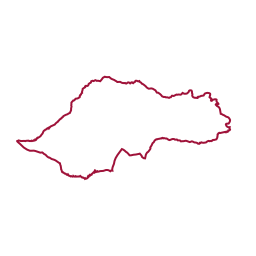 Chordeleg, Azuay, Ecuador, rotated 121°
{"feature_id": "8360857B12860339410526", "entity_name": "Chordeleg", "entity_type": "district", "adm_level": 2, "iso_a3": "ECU", "parent_name": "Ecuador", "parent_adm1": "Azuay", "projection": "orthographic", "projection_center": [-78.733, -2.983], "detail": "fine", "context": "isolated", "style": "outline", "palette": "rose", "viewbox_px": 256, "rotation_deg": 121, "n_neighbors": 0, "source": "geoboundaries", "source_scale": "gbopen_adm2", "svg_char_len": 5802}
<svg xmlns="http://www.w3.org/2000/svg" viewBox="0 0 256 256"><g transform="rotate(121 128 128)"><path d="M194.2,180.9L193.8,180.1L193.9,177.5L193.3,175.2L193.1,173.5L193.4,169.0L193.3,168.1L194.2,167.4L195.1,166.2L197.4,164.3L197.8,164.1L198.4,163.1L198.8,162.8L199.7,161.7L199.7,161.2L199.4,161.0L199.4,160.6L199.7,158.8L199.4,158.4L199.3,157.6L199.5,157.1L199.6,156.3L199.3,155.9L198.6,155.7L198.9,155.0L199.3,154.9L199.3,153.9L199.0,152.8L199.1,152.4L198.6,152.1L198.4,151.6L198.4,150.8L198.0,150.2L197.7,150.0L197.3,150.1L197.4,149.5L197.1,148.6L196.4,148.3L196.5,147.8L196.2,147.6L196.2,147.2L195.1,145.4L194.6,145.0L194.5,144.5L194.2,144.3L193.7,144.2L194.1,142.0L193.7,141.5L193.8,140.9L193.5,140.5L193.6,139.9L193.5,139.3L193.7,138.9L193.2,138.8L193.4,138.3L193.0,138.0L193.0,137.8L192.1,137.1L191.4,136.9L190.5,137.0L190.6,136.7L190.4,136.6L189.6,137.0L189.7,137.4L189.3,137.4L188.9,136.9L188.9,136.4L188.7,136.1L188.4,136.1L188.0,136.5L187.6,136.6L187.4,136.3L187.4,135.6L186.7,135.1L185.8,135.3L185.0,135.0L183.5,134.7L183.0,134.4L181.3,134.5L181.3,134.3L182.5,134.1L183.2,133.6L182.6,133.3L182.4,132.9L181.7,132.8L181.6,132.2L181.1,132.2L180.8,132.0L181.0,131.6L180.6,130.8L179.4,129.8L177.5,127.1L175.3,125.2L174.7,124.2L174.2,122.9L174.2,120.9L173.3,120.7L172.6,119.4L172.0,120.0L170.7,120.6L169.4,121.0L165.9,121.6L163.1,122.6L160.1,123.1L156.5,123.1L149.2,122.4L149.0,120.9L149.1,119.3L149.5,117.4L149.5,116.3L149.9,114.6L150.6,112.6L150.0,111.5L148.1,109.5L146.7,107.6L144.3,105.0L143.9,104.7L144.6,102.5L145.0,101.7L145.5,101.3L145.6,100.9L145.8,99.0L145.2,97.7L141.8,98.9L141.0,99.0L139.3,99.0L137.9,98.4L134.9,98.1L134.0,98.2L133.2,98.9L130.9,98.8L128.4,99.1L126.9,98.6L124.8,98.7L124.1,98.2L123.6,98.2L122.9,97.7L122.7,97.2L121.9,96.6L121.3,95.8L120.2,94.7L120.0,94.2L119.6,94.1L118.7,93.4L118.6,93.1L118.8,92.5L118.1,91.9L117.6,90.2L117.1,89.5L117.1,88.7L117.2,88.1L117.1,86.4L116.5,85.7L115.5,85.0L115.2,84.7L114.7,84.4L114.1,83.5L113.7,82.5L113.8,81.7L112.7,80.2L113.0,79.1L112.2,77.7L111.9,76.8L112.2,75.7L111.6,75.0L110.8,73.7L109.3,72.1L108.9,71.2L108.3,67.9L107.7,67.3L106.7,66.6L106.3,65.7L106.2,63.7L105.5,62.3L105.2,61.1L105.4,59.9L104.8,58.8L103.7,58.9L103.5,58.7L103.5,58.1L103.0,58.0L102.5,57.7L102.3,56.7L101.7,55.5L100.2,53.7L98.8,53.2L97.9,52.6L97.5,52.2L97.4,51.4L96.8,50.9L96.4,49.9L95.7,49.6L95.4,49.2L94.8,49.2L94.3,48.8L93.8,47.9L92.2,46.4L90.2,46.5L89.6,46.9L88.6,47.1L87.9,47.7L87.3,47.9L86.9,47.7L86.2,47.8L85.5,47.5L85.1,47.3L85.0,46.6L81.4,42.8L81.3,42.6L81.5,42.4L81.3,41.9L80.7,42.0L80.2,41.5L80.2,40.9L79.7,40.5L78.5,40.8L78.4,40.6L78.0,40.3L77.9,39.9L77.7,39.8L77.4,39.9L77.1,39.7L76.8,39.7L76.1,40.7L74.9,41.3L75.6,42.1L75.8,43.7L75.5,44.7L74.6,45.9L74.2,46.0L73.8,45.9L73.2,45.3L72.7,44.4L72.3,44.0L70.1,44.0L68.6,44.6L67.8,45.8L67.3,47.1L67.3,48.1L67.7,49.6L67.6,52.3L67.8,53.1L67.8,54.6L68.1,55.8L64.5,58.9L63.6,60.2L63.3,61.1L63.3,63.1L62.8,64.8L62.4,64.9L61.9,64.6L61.3,63.1L60.8,62.9L60.3,63.9L59.8,65.6L59.2,66.1L58.1,66.7L58.1,67.3L58.6,68.3L60.2,69.9L61.6,70.2L61.8,70.8L61.5,71.2L60.0,71.6L59.7,72.9L59.8,73.6L59.6,74.0L57.3,74.6L56.6,75.0L56.3,75.3L56.3,76.4L56.9,77.9L57.6,78.8L58.5,79.5L59.0,79.9L61.2,79.9L62.5,81.4L62.7,81.8L64.0,82.6L64.6,83.2L65.1,84.0L65.7,84.2L66.1,83.8L66.4,83.8L67.8,86.6L68.0,87.9L67.8,88.7L67.2,89.6L65.8,90.2L65.2,91.0L63.9,91.9L63.2,92.8L63.3,93.4L63.9,94.4L64.6,94.8L66.1,94.6L68.0,95.2L68.8,96.0L69.7,97.5L69.8,99.3L71.6,99.6L72.3,100.0L73.3,102.0L74.2,103.0L74.4,103.7L77.0,105.3L77.6,106.9L77.8,107.0L79.5,107.1L80.3,108.0L80.9,108.2L81.1,108.6L81.5,110.2L82.2,111.2L82.3,112.3L83.0,113.3L83.3,115.1L82.7,116.6L82.4,118.0L82.2,120.2L82.8,121.5L81.6,123.9L81.6,127.0L82.1,128.5L83.4,130.1L83.7,130.7L83.6,133.0L83.2,133.9L82.8,136.4L82.7,138.1L82.9,139.0L82.4,140.0L82.4,141.8L81.9,142.5L82.8,143.3L83.0,144.7L83.4,145.6L83.9,145.9L85.0,145.8L86.0,146.5L86.9,146.6L87.0,146.9L86.7,147.8L86.9,148.3L87.3,148.7L88.5,148.9L88.7,149.1L88.5,150.8L88.7,151.1L89.2,151.7L90.2,152.0L90.9,152.5L90.9,153.7L91.3,154.0L91.5,154.7L92.0,155.2L92.4,156.5L92.5,158.5L94.1,160.9L93.9,162.0L94.0,163.1L93.9,164.3L94.4,167.6L94.0,170.4L94.9,171.6L95.7,173.2L96.0,174.3L97.9,175.4L99.7,175.5L102.2,175.9L102.9,178.0L103.7,179.1L103.7,179.9L103.8,180.6L104.2,180.9L105.3,181.5L105.6,181.8L105.7,182.6L106.3,183.2L106.9,183.6L107.7,183.3L108.4,183.3L109.4,184.0L110.5,184.4L111.3,184.1L112.5,184.2L112.8,184.4L113.6,185.9L114.0,186.1L114.4,186.2L114.9,185.7L115.1,185.7L116.7,186.6L117.8,187.0L118.9,186.5L120.9,186.0L121.5,185.4L122.2,185.7L122.6,185.8L123.6,185.5L124.6,186.0L125.2,185.7L125.6,185.8L126.3,185.3L126.6,185.3L128.6,186.4L129.9,188.0L131.4,188.2L132.4,188.6L132.6,189.1L135.2,189.6L135.6,189.5L137.0,188.6L137.7,188.4L138.6,187.5L140.4,186.9L142.2,185.9L145.2,185.6L146.1,186.4L147.3,186.9L148.9,188.2L151.1,189.5L152.1,189.5L153.0,190.0L154.0,190.0L154.6,190.5L155.2,190.5L155.9,191.0L156.9,191.0L157.9,191.4L158.6,191.3L159.9,191.9L161.5,192.4L162.7,192.5L166.5,195.1L167.1,195.3L167.6,195.3L167.9,195.8L168.5,196.0L168.7,195.9L168.9,195.6L169.3,195.6L169.1,196.5L170.3,197.2L171.0,197.1L171.8,197.9L172.2,198.1L172.8,198.1L173.5,198.6L173.9,198.7L174.7,198.7L176.7,198.4L178.5,198.7L180.1,198.8L181.7,199.5L182.4,199.9L182.6,200.3L183.2,200.3L183.3,200.7L184.3,200.9L184.7,200.7L185.2,200.7L185.5,201.3L185.9,200.9L186.1,201.0L186.7,201.5L186.8,202.2L186.9,202.3L187.3,202.1L187.5,202.3L188.2,203.1L188.4,203.9L188.8,203.9L188.9,204.4L189.7,205.2L189.8,205.7L190.1,206.1L190.1,206.8L191.6,208.9L192.1,209.2L192.5,210.3L194.3,213.0L195.0,215.4L195.8,215.8L196.2,216.3L196.3,216.3L196.7,215.5L197.2,212.6L198.4,207.3L198.5,203.4L198.0,200.3L195.9,197.0L195.4,195.5L194.3,190.5L193.1,188.9L193.2,188.0L193.5,186.7L193.4,184.9L194.0,182.8L194.2,180.9Z" fill="none" stroke="#9f1239" stroke-width="2"/></g></svg>